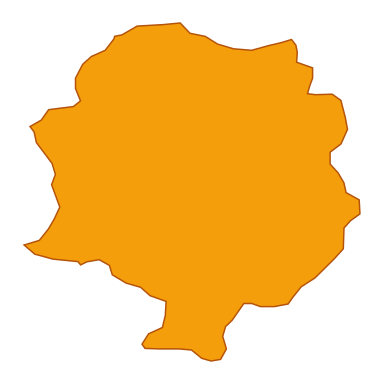 Hässleholm, Skåne, Sweden
{"feature_id": "70781695B37771083391359", "entity_name": "Hässleholm", "entity_type": "district", "adm_level": 2, "iso_a3": "SWE", "parent_name": "Sweden", "parent_adm1": "Skåne", "projection": "natural_earth1", "projection_center": [13.744, 56.208], "detail": "fine", "context": "isolated", "style": "filled", "palette": "amber", "viewbox_px": 384, "rotation_deg": 0, "n_neighbors": 0, "source": "geoboundaries", "source_scale": "gbopen_adm2", "svg_char_len": 1298}
<svg xmlns="http://www.w3.org/2000/svg" viewBox="0 0 384 384"><path d="M80.6,264.9L86.9,261.8L99.2,259.7L109.4,265.4L112.3,274.8L126.1,283.1L140.6,287.3L150.1,295.7L166.1,301.4L165.3,315.5L162.4,327.5L148.6,333.8L142.0,344.2L143.7,346.5L145.0,348.4L158.8,348.9L179.1,348.9L191.5,350.0L201.7,358.3L208.6,360.3L211.1,361.0L220.6,359.4L226.4,348.9L222.7,336.4L225.6,326.5L232.2,320.2L239.5,309.7L243.8,303.5L251.8,303.5L260.5,306.6L274.3,306.6L288.1,304.0L292.5,297.7L301.2,286.8L315.0,277.9L333.9,259.2L343.3,248.8L344.0,228.0L350.5,220.7L359.9,213.9L359.9,212.7L359.2,199.9L346.1,192.6L343.9,182.8L338.1,172.9L330.1,164.1L330.1,152.2L341.0,143.9L347.5,129.4L345.3,117.5L340.9,100.4L333.6,95.2L332.2,94.2L315.5,94.7L307.5,93.7L309.7,85.9L312.6,78.2L312.6,67.9L296.6,62.2L297.3,52.4L295.9,45.2L291.5,39.5L281.4,42.6L268.3,45.7L251.7,50.3L233.5,48.8L217.6,44.1L205.3,36.4L190.0,33.3L180.2,23.0L163.2,24.6L137.1,26.1L121.9,34.9L114.7,36.3L113.9,39.0L105.2,50.3L91.4,56.5L82.7,64.3L75.5,78.2L75.5,88.5L80.5,100.9L73.3,106.6L60.2,108.2L48.6,109.7L41.3,120.1L30.4,126.3L30.0,126.5L34.1,132.0L36.4,142.6L42.9,151.2L52.1,163.5L55.4,174.4L51.6,184.7L59.8,207.1L54.1,219.3L48.4,229.0L39.3,240.4L24.1,245.0L34.8,254.2L52.9,259.1L77.9,261.6L80.6,264.9Z" fill="#f59e0b" stroke="#b45309" stroke-width="1.5"/></svg>